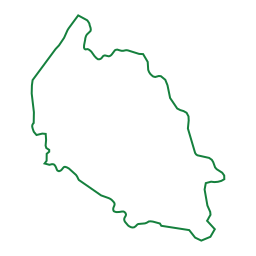 the border of Verona
{"feature_id": "ITA-5464", "entity_name": "Verona", "entity_type": "Province", "adm_level": 1, "iso_a3": "ITA", "parent_name": "Italy", "parent_adm1": "", "projection": "natural_earth1", "projection_center": [11.016, 45.444], "detail": "fine", "context": "isolated", "style": "outline", "palette": "green", "viewbox_px": 256, "rotation_deg": 0, "n_neighbors": 0, "source": "natural_earth", "source_scale": "10m", "svg_char_len": 2297}
<svg xmlns="http://www.w3.org/2000/svg" viewBox="0 0 256 256"><path d="M143.1,54.1L147.7,61.9L148.2,69.8L149.0,71.9L150.2,73.8L151.7,75.3L153.2,76.5L155.2,77.0L158.8,76.0L160.9,76.2L165.3,79.8L167.5,85.3L170.1,98.0L177.2,108.5L180.3,110.1L183.6,111.1L186.6,112.8L188.5,116.4L188.7,120.4L187.9,128.5L195.1,152.9L196.1,154.4L197.4,155.3L209.1,157.9L211.8,159.8L213.2,162.1L215.1,167.4L216.7,169.2L222.2,172.7L224.2,175.5L224.3,179.2L221.3,180.9L217.9,181.8L214.4,182.1L211.1,181.7L205.8,183.1L204.6,189.5L207.4,205.5L210.2,211.9L210.5,214.8L208.7,217.9L208.4,218.6L207.1,220.8L214.8,229.2L210.4,236.8L201.3,240.6L195.1,237.6L189.2,230.1L161.3,225.8L159.9,223.5L152.9,221.6L150.4,221.3L148.7,221.5L147.8,222.1L146.6,222.8L144.9,223.4L138.3,224.0L137.5,224.4L136.6,225.2L135.7,226.2L134.1,227.3L132.5,227.5L131.0,227.2L129.2,226.3L128.1,225.5L125.4,222.3L124.8,221.5L124.4,220.5L124.2,219.5L124.3,218.5L124.7,217.5L125.7,215.8L126.0,214.7L125.7,213.4L124.6,212.1L123.5,211.5L122.2,211.5L119.1,212.0L116.3,212.1L114.9,211.7L113.8,211.2L113.5,210.6L113.3,210.0L113.2,209.1L113.3,208.2L113.5,207.5L114.3,205.6L114.5,204.9L114.6,204.0L114.3,202.9L113.6,201.9L111.8,200.0L110.5,199.0L108.7,198.1L101.1,195.4L78.9,180.0L78.4,179.2L77.1,176.5L76.0,174.9L68.9,168.5L66.7,167.3L64.9,166.8L63.9,167.1L63.2,167.8L62.0,169.3L61.3,170.1L60.4,170.7L59.0,171.2L58.1,170.9L57.3,170.4L56.8,169.5L56.0,167.4L55.4,166.2L54.3,164.7L53.0,164.2L51.8,164.2L49.4,164.8L44.6,163.5L46.6,160.8L46.7,153.8L49.2,151.7L49.2,149.9L46.3,148.0L45.6,145.6L46.1,139.9L45.7,133.9L42.3,133.6L36.5,135.0L36.4,134.9L33.8,131.8L32.7,128.7L32.2,126.6L32.3,125.1L33.2,123.4L33.7,123.0L33.9,112.2L31.7,93.5L31.9,85.5L32.6,80.1L55.6,49.0L59.0,45.4L64.1,37.8L67.5,30.2L68.6,28.4L78.2,15.4L87.2,20.3L88.1,21.5L89.3,23.4L89.7,25.3L90.6,28.0L90.8,29.8L90.5,31.0L89.8,31.7L86.9,34.5L86.4,35.3L85.9,36.3L85.6,37.3L85.3,38.3L85.2,39.4L85.2,39.5L84.1,45.1L84.0,47.6L84.5,48.8L85.4,49.4L87.7,49.1L89.3,49.9L91.3,51.6L94.5,56.1L96.4,58.1L97.9,59.2L99.1,59.3L100.2,59.0L101.1,58.5L101.8,57.8L103.0,56.2L103.8,55.7L104.9,55.4L108.7,56.3L109.6,56.1L110.5,55.6L111.3,55.0L111.9,54.3L114.9,50.3L116.0,49.8L117.3,49.6L119.9,50.4L121.6,50.8L123.2,50.8L125.5,50.3L126.6,50.2L127.9,50.4L139.1,53.9L143.1,54.1Z" fill="none" stroke="#15803d" stroke-width="2"/></svg>